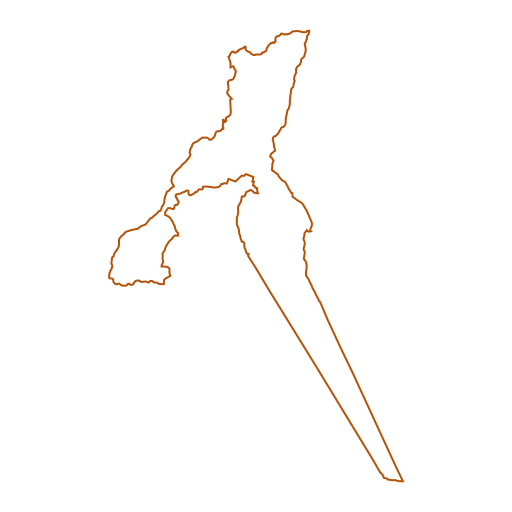 the district of Cartago, Cartago, Costa Rica
{"feature_id": "36466004B19971785414820", "entity_name": "Cartago", "entity_type": "district", "adm_level": 2, "iso_a3": "CRI", "parent_name": "Costa Rica", "parent_adm1": "Cartago", "projection": "equal_earth", "projection_center": [-83.947, 9.787], "detail": "fine", "context": "isolated", "style": "outline", "palette": "amber", "viewbox_px": 512, "rotation_deg": 0, "n_neighbors": 0, "source": "geoboundaries", "source_scale": "gbopen_adm2", "svg_char_len": 6015}
<svg xmlns="http://www.w3.org/2000/svg" viewBox="0 0 512 512"><path d="M285.1,181.9L282.1,180.4L278.7,176.3L277.9,174.4L274.5,172.2L273.7,171.0L272.9,171.0L271.9,169.9L272.3,166.7L272.3,163.9L273.0,162.4L273.5,160.4L272.9,159.8L272.0,158.0L270.2,156.8L270.1,156.4L271.3,153.7L275.1,150.6L274.9,149.3L274.0,146.4L273.8,143.8L272.8,139.4L272.8,138.6L273.1,137.6L274.0,136.4L275.3,136.3L278.1,133.5L281.3,127.9L282.2,127.1L283.4,127.0L285.0,125.2L285.6,123.3L285.8,118.3L287.5,110.3L287.7,109.8L288.8,108.5L289.8,104.4L289.9,99.9L291.2,89.5L291.7,88.4L293.2,87.0L293.9,82.8L294.7,81.2L294.7,80.8L294.1,79.8L294.1,78.2L294.6,76.0L296.1,72.6L296.1,68.7L297.6,66.4L299.7,64.9L301.0,61.8L301.1,60.0L301.4,59.1L304.1,56.7L305.7,51.0L305.7,48.8L305.1,45.9L305.2,45.3L304.7,43.6L304.9,43.1L305.6,42.5L306.3,40.1L306.9,38.9L307.1,36.0L308.7,33.9L309.2,30.7L307.0,31.0L306.1,32.1L305.0,32.2L302.9,32.2L297.9,31.0L292.7,31.4L290.2,33.4L287.3,34.4L285.8,34.1L284.5,34.6L282.2,33.6L281.1,33.7L280.6,34.6L278.5,36.2L276.6,36.4L275.9,37.5L275.4,38.8L275.5,41.5L274.1,42.8L273.6,42.2L272.4,42.9L270.7,43.1L270.0,44.1L268.5,45.3L267.4,47.5L266.7,48.3L266.6,49.8L266.0,50.9L265.2,51.3L264.0,52.4L263.3,52.6L262.8,52.3L261.4,54.0L260.8,54.2L259.1,54.6L256.2,54.5L254.8,55.0L253.7,55.0L252.2,54.4L250.5,53.2L249.9,52.1L247.7,51.5L246.0,50.1L245.5,49.0L245.8,47.5L245.4,46.8L244.8,46.6L243.1,48.2L241.3,48.7L239.0,49.9L238.8,50.6L237.8,50.7L236.5,52.4L234.9,52.8L234.1,51.8L232.0,51.7L231.7,52.3L230.6,53.3L229.4,56.3L228.5,56.7L230.5,62.8L230.5,67.4L232.7,66.3L233.5,66.5L233.8,66.9L234.0,68.2L235.6,70.5L235.8,71.9L235.3,73.4L234.8,75.9L233.3,78.9L231.9,79.8L230.1,80.0L228.4,81.3L227.8,82.1L228.6,89.1L227.5,91.2L227.1,93.2L228.3,94.9L231.7,98.8L230.7,99.0L230.2,99.8L230.8,112.2L230.4,114.6L230.0,115.1L229.0,116.1L226.2,117.6L226.1,118.4L225.8,119.1L226.3,120.4L225.3,121.9L224.9,122.0L224.1,120.5L223.5,119.8L223.2,119.7L222.9,120.1L223.2,123.7L222.6,125.9L223.4,127.6L223.3,128.9L222.2,128.7L221.3,130.0L220.1,131.0L217.1,131.4L216.4,131.8L215.7,132.6L214.8,135.9L213.4,137.8L211.1,139.7L209.3,139.6L208.2,138.3L207.1,137.7L202.9,137.6L202.0,137.8L197.0,141.6L195.6,142.0L193.2,143.4L192.4,144.6L191.8,146.6L190.9,147.9L190.1,150.2L189.6,152.8L190.3,153.9L190.4,154.7L189.5,156.9L185.3,162.1L182.4,164.5L180.8,166.6L176.8,170.2L173.9,173.8L172.2,176.4L171.5,180.0L171.5,181.4L172.1,183.2L173.9,186.3L170.4,188.8L169.2,190.5L166.9,191.8L165.2,196.3L164.5,199.4L164.1,203.0L163.1,205.2L161.9,206.8L161.1,209.7L160.5,210.7L158.8,211.2L156.9,213.5L153.0,216.7L152.6,217.4L150.6,218.2L148.5,220.6L146.1,223.9L145.5,224.5L140.8,226.3L138.6,228.1L137.4,228.8L131.6,230.0L125.9,231.8L124.7,232.9L123.5,234.5L121.4,236.0L120.9,236.8L119.9,237.8L119.3,238.8L119.0,240.0L119.0,245.1L118.4,247.5L114.6,253.1L113.9,254.7L113.6,256.4L112.6,256.9L112.0,257.8L111.4,263.7L112.3,265.4L112.3,266.2L111.6,268.8L110.3,271.1L109.5,273.3L109.1,276.1L109.1,277.7L110.0,278.4L111.8,278.5L112.7,279.0L113.2,279.8L113.4,281.6L113.7,282.4L115.4,284.0L116.8,284.4L118.2,283.6L119.2,283.6L121.3,285.3L123.3,285.7L126.3,285.6L127.4,284.3L128.6,283.7L129.4,283.8L130.2,284.7L132.5,284.8L133.0,284.5L133.5,283.8L133.7,282.8L134.6,282.2L135.6,281.0L136.5,280.6L139.3,280.6L140.6,281.6L141.7,282.0L145.8,281.5L148.1,282.5L149.1,282.3L149.5,281.6L150.1,281.0L151.5,280.9L152.3,281.1L153.4,282.1L154.1,282.4L157.0,282.6L158.6,283.8L160.7,284.1L163.8,284.1L164.0,280.1L165.7,278.4L170.4,275.8L169.6,273.8L169.4,271.1L169.6,269.3L169.2,268.3L167.5,267.0L165.6,266.6L161.6,266.5L161.7,265.1L162.8,263.0L163.1,261.7L163.0,260.6L162.6,259.3L162.7,255.0L162.5,254.3L162.6,253.3L164.6,250.5L165.7,246.8L168.7,242.0L170.3,240.2L171.8,239.2L172.9,237.3L173.9,236.3L175.7,235.4L177.8,235.8L178.1,234.9L177.9,232.7L176.8,231.9L176.2,231.1L175.8,229.8L174.9,228.1L174.8,226.5L174.5,225.6L174.0,225.0L173.2,223.0L171.9,220.6L171.7,220.6L171.6,220.1L170.3,218.1L169.2,217.0L166.7,215.5L165.3,215.1L165.1,214.6L165.1,212.8L165.5,211.6L168.1,208.1L169.9,208.1L172.3,208.9L173.6,209.0L174.3,207.8L174.6,205.7L175.6,204.9L177.2,204.9L178.3,203.1L178.7,201.5L178.4,200.9L177.5,200.2L177.0,198.2L176.5,198.2L175.8,196.8L175.7,195.0L177.2,194.2L180.0,193.7L182.3,192.6L184.6,191.8L186.6,190.5L187.2,190.5L188.4,190.9L188.5,193.5L189.1,194.8L189.4,195.1L191.1,195.1L194.0,193.4L194.9,192.7L195.4,192.0L196.6,192.0L198.6,189.9L198.8,189.4L202.2,189.4L202.7,188.8L202.8,187.2L203.2,186.7L203.8,186.6L207.6,186.6L213.8,187.5L215.6,187.5L218.7,187.0L219.6,186.5L221.3,184.0L222.8,184.0L224.0,183.2L226.8,183.5L228.5,178.9L235.4,181.5L241.7,175.7L244.2,175.8L245.8,174.1L253.4,177.0L252.4,181.5L253.9,181.7L252.9,185.4L254.6,186.0L254.9,187.4L257.2,188.3L256.9,189.1L257.9,193.3L253.7,192.6L252.8,191.2L250.5,189.9L246.3,192.1L244.6,196.3L241.9,196.5L240.9,201.8L238.7,205.5L238.1,207.0L238.0,209.6L238.2,210.3L238.2,212.7L237.6,215.7L236.8,217.8L236.9,224.7L238.8,229.1L239.3,234.0L240.2,235.8L240.4,237.6L241.8,241.7L242.1,241.7L242.1,241.3L244.2,242.8L244.4,247.3L245.6,249.9L246.0,252.0L247.1,253.7L248.6,254.1L248.2,255.5L248.5,256.6L256.6,269.3L269.8,291.4L317.2,368.2L373.2,460.3L380.2,472.5L380.5,472.4L382.8,475.1L383.1,476.1L384.1,478.0L386.9,478.5L388.3,479.8L390.2,479.8L391.7,480.2L395.0,480.1L398.3,481.1L402.9,481.3L395.9,466.7L352.1,371.7L342.2,351.1L328.0,320.6L320.1,301.9L318.8,300.8L318.5,299.5L315.7,294.3L315.1,292.5L312.4,287.9L311.9,286.3L309.7,281.8L309.4,280.9L308.1,278.5L306.4,276.3L306.0,274.9L306.0,272.2L306.6,267.8L306.6,264.8L306.2,262.5L305.4,260.9L303.8,258.9L303.8,258.0L304.1,256.9L304.7,253.4L304.7,251.5L304.2,250.5L303.7,249.9L303.6,248.9L304.7,244.5L304.7,242.5L304.5,241.4L303.7,239.8L303.5,238.4L304.2,236.2L304.6,232.9L305.8,231.6L306.7,230.2L308.0,231.3L308.5,231.5L309.8,231.6L310.7,231.3L310.4,231.1L310.3,229.9L310.5,228.7L311.8,225.9L311.9,223.7L311.8,222.6L306.9,211.1L302.4,203.5L301.1,202.5L297.7,200.5L292.5,196.6L292.4,193.1L290.8,192.5L290.2,190.8L288.6,188.9L288.4,187.9L285.1,181.9Z" fill="none" stroke="#b45309" stroke-width="2"/></svg>